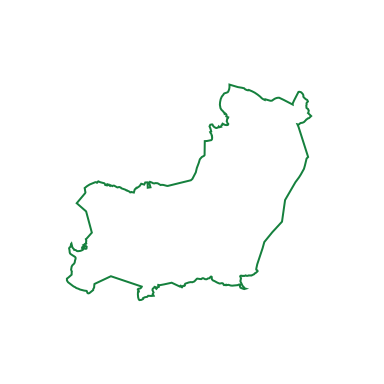 the district of Ocampo, Michoacán, Mexico, rotated 299°
{"feature_id": "50627088B22128423990537", "entity_name": "Ocampo", "entity_type": "district", "adm_level": 2, "iso_a3": "MEX", "parent_name": "Mexico", "parent_adm1": "Michoacán", "projection": "robinson", "projection_center": [-100.33, 19.586], "detail": "fine", "context": "isolated", "style": "outline", "palette": "green", "viewbox_px": 384, "rotation_deg": 299, "n_neighbors": 0, "source": "geoboundaries", "source_scale": "gbopen_adm2", "svg_char_len": 6017}
<svg xmlns="http://www.w3.org/2000/svg" viewBox="0 0 384 384"><g transform="rotate(299 192 192)"><path d="M304.1,172.7L301.8,174.0L299.8,174.7L297.4,175.0L296.5,174.8L295.2,173.7L294.4,172.9L293.6,172.3L292.0,172.2L289.9,171.8L287.1,172.1L284.2,173.0L281.8,174.1L279.1,176.3L278.2,177.9L277.6,180.1L277.0,181.3L277.1,181.9L276.7,182.3L276.4,182.4L276.1,182.7L276.3,182.9L276.5,182.7L276.8,183.2L276.7,183.8L276.3,184.6L276.0,185.0L274.9,185.2L274.9,185.8L274.8,186.2L274.7,186.2L274.7,186.6L274.9,187.5L274.6,187.6L273.8,187.6L272.7,187.3L272.2,187.7L270.8,188.0L270.5,188.3L270.1,189.0L268.9,190.1L268.9,190.3L269.1,190.7L269.0,190.8L268.0,190.8L267.4,190.1L266.7,188.4L266.6,185.6L266.3,185.6L265.4,186.0L264.8,185.5L264.5,185.5L264.2,185.7L263.9,185.7L264.0,186.0L263.6,185.6L263.4,185.2L263.4,184.7L263.0,185.7L261.9,184.5L262.3,183.6L261.1,183.5L259.9,182.5L259.6,181.8L259.6,180.0L260.2,178.1L260.9,177.3L260.9,176.8L259.7,175.4L257.9,175.5L256.4,177.4L254.2,179.5L253.2,178.8L252.5,179.8L252.2,180.6L251.4,181.6L251.0,181.8L250.9,182.2L249.9,182.7L249.8,183.0L248.2,183.8L247.5,183.9L246.7,183.7L243.9,180.4L242.7,178.5L230.4,185.1L229.5,185.0L227.3,183.6L224.4,183.0L220.8,183.8L215.3,184.6L211.0,185.8L203.6,186.0L201.7,185.3L185.6,167.9L185.2,167.1L184.3,163.6L184.0,162.8L183.3,161.6L182.9,161.2L182.9,159.7L183.0,158.6L182.9,157.5L182.0,155.6L181.3,155.0L180.8,153.8L180.8,152.3L180.5,150.3L179.5,150.2L179.1,150.3L176.0,153.4L174.3,151.2L178.9,148.5L177.7,146.5L175.3,146.6L174.6,143.6L171.7,143.3L168.5,141.7L168.6,141.3L167.9,141.2L166.5,140.7L163.3,141.4L163.0,140.2L162.7,139.6L162.7,139.1L162.0,138.6L161.7,138.1L162.0,137.3L161.9,135.6L161.7,134.6L161.9,134.1L161.6,133.8L161.7,132.4L161.0,128.5L161.3,127.8L161.2,126.3L160.6,125.3L160.1,124.9L159.8,124.4L159.8,120.8L159.7,120.5L158.9,119.5L158.6,119.5L158.5,118.9L158.4,117.5L157.6,117.4L157.6,116.9L158.2,115.7L157.9,115.2L157.4,115.2L157.0,114.9L157.5,114.3L157.8,114.3L157.8,114.2L157.2,113.7L157.0,113.8L156.9,114.3L156.4,114.0L156.1,112.6L156.5,112.3L157.0,111.5L157.1,111.0L156.1,107.1L155.9,105.5L156.0,105.1L155.8,104.8L155.5,104.7L155.0,104.6L154.2,104.6L154.0,104.4L154.1,103.5L154.0,103.2L153.6,102.6L149.0,98.9L146.3,97.4L143.4,96.2L142.0,97.4L141.0,98.1L140.2,98.9L139.2,99.1L126.3,96.6L123.7,108.8L107.9,124.1L100.1,122.4L99.3,122.0L98.1,123.2L96.6,123.7L96.2,124.0L95.7,124.5L95.1,124.3L94.9,123.8L94.7,123.5L94.4,123.4L93.3,123.4L93.2,123.2L93.2,122.9L92.9,122.7L92.6,123.7L92.9,124.8L93.3,125.5L93.1,126.4L91.4,127.1L90.9,126.8L90.7,126.4L91.0,123.1L90.6,122.8L89.7,122.9L89.0,124.7L88.1,124.3L87.6,123.8L87.4,123.8L86.3,122.8L84.9,120.9L84.6,120.0L84.8,118.5L84.3,116.9L84.7,116.6L85.1,115.2L85.7,114.1L88.5,111.5L87.9,111.4L86.3,112.0L85.2,112.3L84.1,111.8L83.2,111.8L81.8,113.0L79.8,114.4L79.2,115.1L78.9,115.9L78.5,121.3L78.2,121.9L77.7,122.3L77.0,122.6L75.4,122.9L73.4,123.6L72.2,123.6L69.9,122.9L68.4,122.9L65.5,123.9L64.7,124.7L64.3,125.4L63.7,125.6L61.3,126.8L57.4,125.4L55.6,124.6L54.0,125.5L53.0,127.3L52.0,134.1L52.1,136.1L51.9,137.4L52.3,139.4L52.4,141.3L53.5,145.5L54.4,147.8L53.0,149.6L53.0,150.2L53.3,150.8L53.9,151.3L58.3,153.1L58.9,152.8L59.5,152.7L61.0,152.7L63.4,151.6L64.3,151.3L79.0,161.9L84.9,193.9L84.1,194.0L83.1,193.7L82.5,193.4L81.3,192.0L80.6,191.8L80.2,192.0L79.8,193.2L79.1,193.8L78.4,193.2L76.2,194.3L73.7,196.0L72.3,197.5L72.0,198.2L72.0,198.5L73.0,199.9L74.5,201.0L75.0,201.1L75.5,200.7L77.0,201.7L78.7,203.7L80.0,204.0L81.4,206.9L82.7,208.8L83.0,208.4L83.3,207.5L83.5,207.1L85.5,207.1L87.0,205.0L88.0,204.6L88.6,204.6L89.2,205.0L90.3,205.3L90.9,205.2L91.0,205.4L91.1,206.3L90.1,207.4L90.0,207.8L90.9,208.0L91.3,207.8L91.7,207.7L92.7,208.9L93.0,209.0L94.0,207.6L94.4,207.5L94.5,207.8L94.8,208.9L97.7,212.4L102.8,218.2L103.4,227.1L104.3,227.3L104.6,227.5L104.5,228.0L104.0,228.2L103.7,228.8L103.7,229.2L103.8,229.5L105.4,229.6L105.6,229.8L106.1,230.8L106.8,231.1L107.6,230.5L108.6,230.6L111.4,233.1L112.6,234.6L113.2,236.0L114.9,237.4L118.4,238.3L118.8,238.6L119.9,241.5L120.3,242.3L120.6,242.5L121.1,242.6L121.9,243.3L122.1,244.0L122.1,245.8L122.8,247.1L123.5,247.6L124.2,247.9L124.9,248.9L125.3,249.1L127.0,249.4L127.4,250.0L127.3,250.4L125.3,251.7L124.9,252.9L124.8,253.5L125.0,254.6L125.0,258.0L125.2,259.9L125.4,260.7L126.8,262.4L127.0,263.1L126.9,263.8L126.3,264.4L126.1,265.1L126.8,266.0L126.6,266.0L127.0,267.0L128.5,268.9L129.0,271.3L129.6,272.6L132.6,277.0L134.0,278.1L134.2,278.6L134.3,278.9L134.2,279.1L132.8,279.5L131.8,280.8L132.0,282.6L132.4,284.7L133.5,285.8L133.3,284.8L133.3,284.5L133.8,283.7L134.5,281.6L137.3,277.7L137.8,277.4L138.9,277.2L139.4,276.8L140.1,276.8L141.0,275.9L141.3,275.3L141.6,275.0L141.9,275.0L142.3,275.1L143.0,276.2L143.1,277.2L143.6,277.6L143.8,278.3L144.3,278.8L145.0,279.2L145.1,279.4L145.0,280.0L145.7,281.4L146.5,282.0L146.6,282.5L147.2,283.1L147.5,284.2L148.1,284.5L148.4,285.0L149.8,285.8L150.2,286.2L151.4,286.4L151.8,286.8L152.7,287.2L154.5,287.8L154.7,287.7L155.1,287.1L155.2,286.0L155.3,285.8L156.1,285.4L160.4,284.1L177.0,281.0L183.3,279.5L195.6,281.7L209.7,285.1L230.1,277.3L250.7,277.7L256.7,278.5L260.1,278.7L266.5,278.7L270.0,277.9L276.8,276.0L278.9,276.6L300.6,253.6L302.3,251.4L302.5,252.2L302.8,252.6L303.2,252.9L304.1,253.1L305.0,253.6L306.3,255.2L307.6,256.1L310.3,256.8L310.7,256.8L311.3,257.2L312.5,257.6L312.9,258.2L313.6,258.6L316.2,259.4L317.3,255.2L317.9,255.3L319.9,254.6L320.2,253.9L320.5,253.7L320.8,253.3L320.9,252.0L321.1,251.3L322.1,250.7L322.9,250.1L324.2,249.8L324.8,249.3L325.4,249.1L325.9,249.1L327.1,249.5L327.4,249.5L328.3,248.2L328.4,247.6L328.3,246.6L328.8,244.5L329.3,243.2L330.6,242.5L331.4,241.4L332.1,239.3L332.0,238.4L331.6,237.1L331.1,236.6L321.4,236.9L318.1,237.2L317.3,237.7L317.0,227.3L316.7,222.5L315.9,221.2L315.1,220.3L313.6,219.1L310.6,217.6L309.8,216.3L308.6,211.1L307.8,211.2L307.7,209.2L307.8,207.7L308.5,205.2L309.0,202.1L309.3,198.7L309.2,195.6L308.8,192.1L308.1,191.8L307.7,190.2L307.6,188.6L308.0,187.4L307.4,185.2L306.0,181.3L304.1,172.7Z" fill="none" stroke="#15803d" stroke-width="2"/></g></svg>